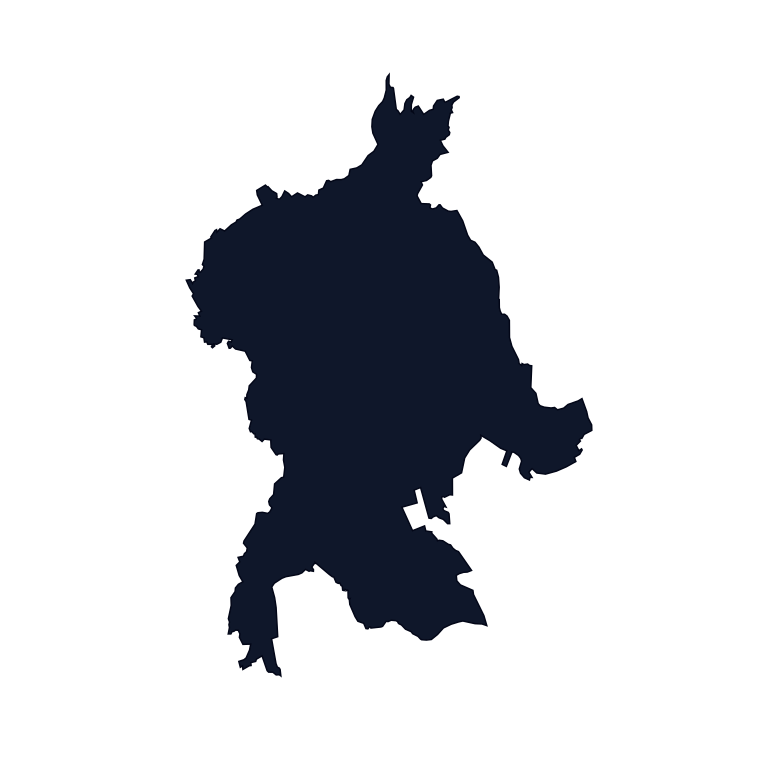 Ileanda, Salaj, Romania, rotated 280°
{"feature_id": "2599482B39654987935311", "entity_name": "Ileanda", "entity_type": "district", "adm_level": 2, "iso_a3": "ROU", "parent_name": "Romania", "parent_adm1": "Salaj", "projection": "natural_earth1", "projection_center": [23.607, 47.339], "detail": "fine", "context": "isolated", "style": "filled", "palette": "ink", "viewbox_px": 768, "rotation_deg": 280, "n_neighbors": 0, "source": "geoboundaries", "source_scale": "gbopen_adm2", "svg_char_len": 6148}
<svg xmlns="http://www.w3.org/2000/svg" viewBox="0 0 768 768"><g transform="rotate(280 384 384)"><path d="M374.4,596.7L379.8,595.6L386.1,590.8L392.0,588.4L404.0,581.5L401.1,578.2L395.8,568.8L391.4,565.1L388.7,559.3L390.5,556.1L389.4,552.7L389.0,545.8L389.7,541.5L391.5,539.2L401.2,535.2L405.9,529.2L427.6,526.3L427.5,524.1L428.6,522.0L427.4,518.5L428.1,516.4L426.0,516.4L427.6,513.5L431.4,512.2L443.3,503.4L451.6,499.5L468.5,496.4L472.2,493.4L473.6,490.7L473.1,487.8L475.9,485.8L479.3,484.3L487.3,482.8L487.7,482.1L499.3,480.6L509.0,478.2L515.6,475.2L516.0,473.5L522.8,469.4L528.3,459.3L535.3,453.7L539.4,449.0L540.6,444.3L545.1,440.5L558.3,433.2L567.5,425.7L565.6,420.1L565.4,417.3L567.5,411.0L570.2,408.2L570.1,407.1L566.5,404.9L564.8,401.5L565.0,399.9L565.8,398.6L568.4,398.7L569.2,397.4L568.1,389.3L575.0,383.9L577.2,384.0L586.7,387.3L589.6,385.3L591.8,390.5L595.6,394.2L597.3,394.7L607.5,392.3L612.1,393.0L615.6,397.3L619.8,399.3L623.3,406.9L628.8,400.7L633.8,397.1L635.7,401.4L637.7,402.1L640.8,405.0L643.1,405.1L645.2,403.2L648.1,403.5L649.3,402.2L654.1,401.8L662.2,402.3L663.2,404.4L665.8,402.6L667.9,403.1L670.6,402.4L673.7,403.5L679.0,408.3L680.1,408.0L680.1,406.1L672.4,395.9L672.4,394.7L674.8,392.9L672.5,387.2L666.4,384.5L663.1,384.8L661.4,381.3L656.4,376.3L663.7,369.5L662.0,366.7L660.0,365.5L658.1,364.8L656.2,365.9L657.3,363.5L664.0,362.4L671.6,363.3L672.9,360.6L670.6,359.7L667.9,357.1L663.9,355.9L657.5,356.2L652.3,353.1L655.4,350.4L656.6,348.4L676.8,342.0L677.5,341.4L677.3,338.8L680.0,336.8L689.6,335.3L687.0,333.9L683.3,333.5L673.8,335.2L665.7,334.6L661.9,333.6L657.2,330.5L651.1,328.0L642.6,326.5L635.2,327.4L629.1,329.5L618.9,336.5L611.4,333.6L606.2,328.7L595.9,324.1L592.0,319.5L589.5,313.4L583.2,313.2L579.2,309.3L577.8,306.3L577.1,301.7L574.0,296.4L574.9,294.1L574.2,292.2L566.4,290.2L563.7,286.2L559.1,286.5L558.2,284.1L555.5,281.7L556.7,280.1L557.0,276.0L554.6,273.8L557.1,265.6L552.3,260.5L555.1,256.9L556.9,252.7L550.9,251.0L548.1,249.2L547.8,248.2L548.3,245.7L549.5,246.2L552.9,245.2L554.8,240.0L558.2,235.5L557.8,234.9L559.3,232.7L552.5,225.0L548.2,226.4L538.9,233.1L533.3,224.5L527.4,218.2L521.2,213.1L520.0,210.8L517.7,210.1L514.3,206.1L507.0,200.5L508.4,195.6L504.5,193.1L506.9,192.3L505.8,190.9L498.7,187.9L497.9,188.9L492.7,182.7L475.7,185.2L470.1,184.4L468.8,186.3L465.6,185.9L462.1,183.7L462.2,182.5L464.2,182.1L464.1,181.1L459.5,179.0L459.5,181.1L457.5,182.4L455.6,179.2L452.9,180.3L450.9,178.1L449.8,178.0L453.1,175.1L451.9,171.3L445.0,176.0L439.8,180.8L437.3,179.8L428.0,187.4L424.0,191.6L422.0,188.8L418.9,190.8L418.2,185.7L416.2,187.9L415.3,187.8L414.2,186.1L409.7,186.7L408.8,187.1L408.2,189.3L406.0,191.6L405.8,194.9L398.7,195.5L398.2,198.6L394.1,200.0L394.7,202.1L392.5,203.6L393.3,208.6L390.7,207.6L389.9,208.8L392.2,210.7L394.0,209.6L394.1,212.5L396.8,216.0L401.3,216.9L401.2,226.9L398.8,226.3L399.1,223.5L396.8,222.7L392.3,225.3L392.7,226.6L395.1,227.9L392.7,231.7L392.2,241.6L383.9,247.8L383.9,250.3L377.2,250.6L373.2,252.7L371.4,256.8L367.7,257.3L358.8,251.6L354.7,251.8L349.8,250.8L346.2,251.3L346.5,249.7L344.6,249.6L342.7,251.3L325.7,257.2L325.4,259.8L316.8,259.0L313.8,260.8L314.3,261.9L312.3,264.6L312.5,265.6L309.3,266.5L309.6,267.8L308.1,268.8L308.1,270.6L306.2,273.9L308.9,275.7L309.3,282.2L302.0,283.8L295.7,289.9L295.5,291.1L296.8,292.1L298.1,297.5L291.7,298.2L284.7,300.8L274.8,301.4L273.9,299.2L266.6,293.6L256.0,294.5L251.0,291.4L248.3,290.9L245.1,292.2L242.9,295.0L241.3,294.8L238.2,293.7L236.4,292.0L236.5,286.5L235.3,282.2L234.3,281.1L223.6,281.3L205.1,273.4L202.8,273.3L198.8,277.8L195.0,277.8L192.7,276.0L190.0,275.5L187.9,270.4L183.8,272.9L179.7,270.0L170.2,274.7L164.7,279.4L161.5,275.4L157.3,273.1L153.7,273.4L147.0,270.4L139.4,272.0L125.8,271.5L122.8,273.2L120.0,273.1L117.3,274.1L110.8,274.0L111.3,276.6L113.8,277.4L114.3,279.0L115.9,280.6L116.1,283.3L112.9,285.5L109.4,285.6L103.1,290.3L104.7,297.9L98.6,297.8L90.3,295.8L88.1,293.9L85.6,289.2L80.1,291.7L81.9,293.6L78.4,294.6L83.1,300.2L83.7,302.0L86.5,301.2L88.5,305.8L90.8,306.1L95.1,311.1L81.4,318.7L80.2,320.4L80.9,324.5L78.8,328.3L79.5,331.4L78.6,333.1L84.7,331.3L86.0,330.3L86.7,328.1L89.9,326.2L113.6,317.5L116.7,323.2L145.3,316.5L154.6,313.4L164.6,308.7L168.8,310.6L174.9,317.1L177.2,320.8L181.6,332.7L183.8,336.0L187.8,338.9L186.6,342.7L187.3,343.8L187.3,347.0L188.9,346.8L191.2,344.7L195.2,346.6L195.4,347.6L196.2,347.3L186.9,363.3L185.2,366.7L185.2,368.1L180.4,371.2L179.7,373.6L180.3,375.0L178.1,376.7L177.6,378.0L173.8,379.1L173.6,380.7L175.0,381.2L174.7,382.5L173.8,382.6L174.7,384.0L174.4,384.4L167.2,385.8L166.2,386.7L166.7,387.8L165.3,387.4L161.0,388.6L149.9,395.9L145.8,399.5L144.8,405.6L140.0,408.7L140.1,410.7L142.3,411.8L142.2,413.1L141.4,413.5L144.2,423.2L145.1,424.7L150.7,427.3L150.7,429.2L152.6,432.1L153.0,436.7L152.2,439.6L151.4,439.2L150.5,440.3L149.8,443.0L146.3,447.7L144.8,453.8L143.1,455.6L141.4,461.3L139.2,464.2L138.7,465.4L139.2,470.2L140.6,475.0L146.6,480.2L154.1,484.9L159.1,491.9L162.6,498.7L164.3,502.8L163.8,515.3L164.7,522.2L163.9,527.2L173.2,522.6L192.2,508.7L196.2,507.4L199.4,494.1L202.8,489.9L208.1,488.4L210.3,491.0L212.4,495.1L213.3,498.8L215.6,502.6L231.9,486.4L232.5,483.5L234.2,480.4L237.1,477.5L237.3,475.1L239.8,469.2L239.7,465.5L238.9,463.9L240.6,462.9L245.3,456.9L246.7,456.8L246.5,450.7L251.3,448.6L244.5,437.6L265.8,423.0L272.7,437.3L284.8,432.1L288.4,438.0L259.7,451.6L259.8,453.9L261.8,455.6L263.5,458.4L261.8,461.5L261.0,465.9L257.5,470.9L257.9,473.0L267.4,470.6L268.7,469.5L269.7,465.1L271.1,463.6L273.9,464.2L273.6,466.4L280.6,460.8L282.6,460.5L283.5,461.7L283.0,463.3L286.4,468.0L286.6,470.7L303.2,467.7L310.0,475.8L325.2,476.3L333.9,479.8L345.2,488.0L347.7,489.0L350.3,488.2L346.6,498.1L341.0,510.0L339.5,516.6L325.4,514.3L324.1,518.8L339.2,521.8L339.4,523.7L337.0,528.9L334.5,531.6L331.9,532.9L323.8,532.0L319.8,534.0L316.1,538.5L314.7,543.9L317.4,544.0L317.7,546.0L322.3,542.0L326.4,544.5L322.9,549.9L323.3,558.7L328.2,569.0L334.1,577.9L341.0,586.4L344.8,584.2L348.8,588.9L353.4,590.6L354.4,589.8L352.2,587.5L356.9,583.9L361.9,587.3L362.9,586.1L364.5,587.0L364.8,588.3L369.1,589.8L374.4,596.7Z" fill="#0f172a" stroke="#020617" stroke-width="1.5"/></g></svg>